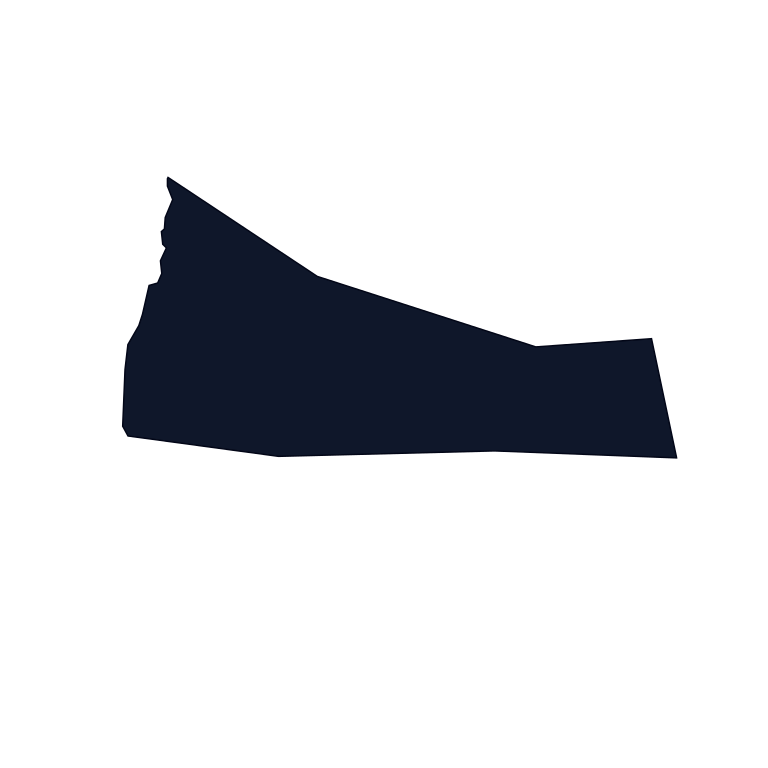 Rabot, Soufrière, Saint Lucia (Mercator projection), rotated 30°
{"feature_id": "8701671B22157937027856", "entity_name": "Rabot", "entity_type": "district", "adm_level": 2, "iso_a3": "LCA", "parent_name": "Saint Lucia", "parent_adm1": "Soufrière", "projection": "mercator", "projection_center": [-61.048, 13.834], "detail": "fine", "context": "isolated", "style": "filled", "palette": "ink", "viewbox_px": 768, "rotation_deg": 30, "n_neighbors": 0, "source": "geoboundaries", "source_scale": "gbopen_adm2", "svg_char_len": 503}
<svg xmlns="http://www.w3.org/2000/svg" viewBox="0 0 768 768"><g transform="rotate(30 384 384)"><path d="M188.3,557.0L328.8,499.4L513.1,386.7L674.3,301.7L674.1,301.4L593.0,211.0L592.6,211.3L496.9,276.0L272.4,324.2L93.7,313.1L93.8,314.5L97.5,320.9L108.8,329.9L111.3,349.2L116.3,359.5L115.0,363.3L122.5,373.6L127.5,374.9L128.8,389.1L136.3,399.4L137.5,409.7L131.3,416.1L140.0,444.4L142.5,456.0L142.5,477.9L152.5,501.0L178.8,551.2L188.3,557.0Z" fill="#0f172a" stroke="#020617" stroke-width="1.5"/></g></svg>